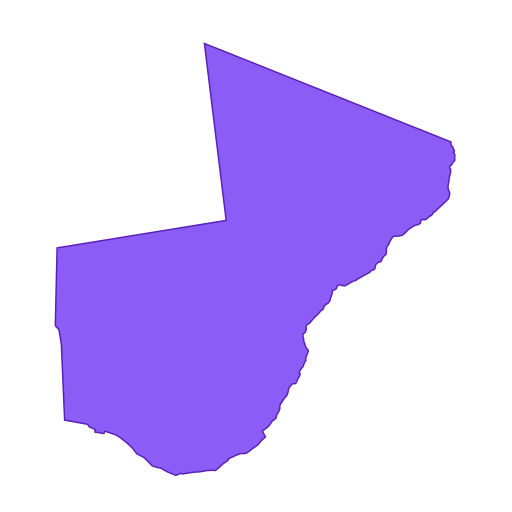 Rivadavia, Mendoza, Argentina, rotated 177°
{"feature_id": "61730980B42888218741442", "entity_name": "Rivadavia", "entity_type": "district", "adm_level": 2, "iso_a3": "ARG", "parent_name": "Argentina", "parent_adm1": "Mendoza", "projection": "equal_earth", "projection_center": [-68.761, -33.437], "detail": "fine", "context": "isolated", "style": "filled", "palette": "violet", "viewbox_px": 512, "rotation_deg": 177, "n_neighbors": 0, "source": "geoboundaries", "source_scale": "gbopen_adm2", "svg_char_len": 2874}
<svg xmlns="http://www.w3.org/2000/svg" viewBox="0 0 512 512"><g transform="rotate(177 256 256)"><path d="M455.7,102.1L433.1,96.8L431.3,94.0L426.0,91.3L426.0,88.6L417.2,86.7L416.1,89.0L404.9,84.5L400.9,81.6L393.5,75.0L388.9,69.9L385.4,64.8L378.3,60.5L370.5,51.8L366.2,50.2L361.7,48.9L359.6,47.5L355.9,45.1L347.5,41.1L342.6,42.9L340.9,42.2L333.5,43.0L328.5,43.4L323.6,43.4L316.2,44.3L310.9,44.3L307.7,43.9L303.5,47.1L299.6,50.3L294.7,53.4L294.0,55.0L288.0,57.4L282.4,59.4L276.4,59.4L273.6,61.0L269.0,64.2L264.4,67.0L259.5,72.1L256.0,74.8L258.8,80.8L252.2,85.4L248.2,90.5L247.0,91.1L244.4,93.2L243.4,96.9L241.7,98.9L240.1,102.5L240.2,105.1L239.4,106.6L236.0,111.3L234.1,113.6L232.8,114.6L231.7,117.0L231.0,118.7L230.7,120.6L229.6,122.9L227.5,125.3L226.5,126.5L223.3,126.5L222.2,127.7L221.2,130.1L219.0,133.6L218.0,136.0L219.0,137.2L218.0,139.6L216.9,140.8L215.9,142.0L214.8,143.1L213.8,145.5L212.7,147.9L211.6,149.1L211.7,151.5L208.6,158.7L210.8,162.0L211.5,163.6L211.9,166.0L212.8,168.1L212.7,170.5L213.3,172.7L213.3,174.8L212.3,176.2L210.9,177.2L210.2,178.5L209.6,180.1L209.7,183.0L208.7,184.7L206.8,185.6L205.2,186.9L204.1,188.4L202.9,189.4L201.1,191.3L199.6,192.6L198.4,193.6L196.9,194.9L195.4,196.5L193.9,198.2L192.2,198.8L191.4,200.3L191.1,200.8L190.5,202.4L188.8,203.9L186.8,204.9L185.9,205.7L184.5,207.6L183.7,210.3L182.7,212.5L182.0,214.4L181.5,217.2L179.9,218.0L178.7,218.3L177.4,219.3L176.8,220.9L175.4,222.8L173.1,222.6L171.6,222.1L169.1,221.5L167.8,222.0L165.5,223.1L163.9,223.9L162.4,224.9L160.0,225.7L158.9,226.2L157.3,226.5L156.1,227.6L154.8,228.0L152.5,229.3L151.2,229.9L149.6,230.8L148.1,231.5L146.4,232.2L144.7,233.1L143.3,233.7L142.4,235.0L140.0,235.9L138.5,236.4L137.8,237.6L137.3,240.4L136.2,241.7L134.8,243.0L133.2,243.6L131.9,243.7L130.9,244.7L130.4,246.2L128.8,248.6L127.6,249.7L126.0,251.0L125.5,254.1L125.4,256.7L124.8,258.2L122.8,260.9L122.0,262.6L121.2,264.0L120.0,265.9L118.8,267.4L117.8,268.4L115.6,268.5L113.8,268.4L111.9,268.5L110.3,268.8L108.2,269.4L106.1,271.1L105.0,272.1L103.0,274.0L101.9,274.8L99.9,276.0L98.3,276.9L96.5,277.9L94.8,278.5L93.5,278.7L92.0,279.0L90.1,280.2L89.4,283.2L87.7,283.7L86.1,283.3L84.0,283.8L82.8,284.7L81.8,285.8L80.2,286.8L78.7,287.3L77.6,288.6L76.5,290.3L74.9,291.0L73.4,292.2L72.2,293.5L70.6,294.6L69.2,295.9L67.7,297.0L65.1,299.4L63.7,300.4L62.5,301.6L60.9,303.0L60.2,304.8L59.6,306.6L59.3,308.3L59.5,309.9L60.2,311.5L60.7,313.5L60.5,316.4L59.9,319.1L59.4,320.7L59.1,323.3L58.4,326.0L57.7,327.9L57.2,330.0L57.1,332.6L58.1,333.1L57.9,334.6L57.2,335.8L56.1,336.5L55.4,337.7L54.4,339.2L53.1,340.4L52.3,341.5L52.6,343.4L52.1,345.3L52.2,347.1L53.4,348.7L52.5,349.7L52.5,351.5L53.5,352.7L53.7,354.6L54.7,355.5L55.5,356.9L55.4,359.7L296.4,470.9L283.9,293.1L454.2,274.5L459.9,199.2L459.9,197.0L459.3,195.7L457.9,194.4L456.5,192.1L455.0,177.7L455.7,102.1Z" fill="#8b5cf6" stroke="#5b21b6" stroke-width="1.5"/></g></svg>